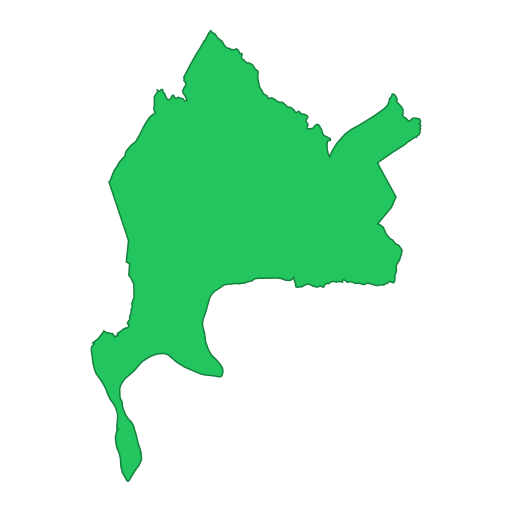 outline of Samborondon, Guayas, Ecuador
{"feature_id": "8360857B50799900166454", "entity_name": "Samborondon", "entity_type": "district", "adm_level": 2, "iso_a3": "ECU", "parent_name": "Ecuador", "parent_adm1": "Guayas", "projection": "robinson", "projection_center": [-79.798, -2.011], "detail": "fine", "context": "isolated", "style": "filled", "palette": "green", "viewbox_px": 512, "rotation_deg": 0, "n_neighbors": 0, "source": "geoboundaries", "source_scale": "gbopen_adm2", "svg_char_len": 6008}
<svg xmlns="http://www.w3.org/2000/svg" viewBox="0 0 512 512"><path d="M420.5,121.9L420.4,120.3L419.4,119.0L417.7,118.5L414.4,118.0L412.5,118.4L409.7,120.9L408.7,121.3L406.1,118.4L402.9,116.3L402.6,115.6L403.0,113.8L403.0,109.7L402.7,108.9L400.4,105.6L396.3,101.4L397.0,100.4L397.1,99.4L396.9,98.5L396.0,96.6L395.2,95.5L393.7,94.4L393.6,94.0L392.3,94.1L390.8,97.9L390.2,98.7L389.7,98.4L389.0,101.7L387.6,105.2L384.4,108.5L381.4,110.8L372.9,116.7L358.1,125.8L352.2,128.9L346.5,132.9L344.4,134.8L336.9,143.3L332.3,150.7L329.5,156.8L327.9,152.8L327.3,149.6L327.4,149.2L327.1,148.0L327.1,143.4L327.5,141.4L327.9,140.8L330.3,140.3L330.4,139.0L330.2,138.6L329.4,138.2L323.7,135.3L322.9,134.1L321.7,130.1L319.3,125.5L317.6,124.4L316.4,124.6L315.2,125.5L312.6,128.5L307.2,128.8L306.9,128.0L308.0,124.8L307.6,123.6L306.1,121.5L305.9,120.2L307.8,117.3L307.7,116.4L307.4,116.0L304.5,114.3L301.4,113.9L298.9,111.3L298.0,111.5L296.8,112.6L295.9,112.6L295.1,111.9L294.1,110.3L292.1,108.3L290.3,107.4L287.3,106.8L284.0,103.5L282.3,102.3L280.4,102.3L277.5,101.6L274.9,99.4L271.8,97.8L268.2,98.5L266.9,95.7L264.3,94.4L263.2,93.3L262.2,91.1L259.5,86.9L257.7,77.7L257.7,75.9L258.1,73.6L258.0,71.7L257.7,71.0L255.0,68.9L253.2,65.7L252.4,64.8L250.3,63.5L248.5,62.9L247.3,62.9L246.3,62.5L244.7,61.0L243.8,59.9L242.1,58.9L241.6,58.1L241.6,55.9L242.2,54.0L241.0,53.4L240.3,53.6L239.7,53.5L239.3,52.2L238.0,50.0L236.4,48.9L236.0,48.9L235.8,49.4L235.1,49.6L233.2,49.6L232.3,49.9L231.5,49.9L231.1,49.4L229.4,48.4L226.5,47.8L224.0,44.9L222.1,41.3L217.0,37.5L216.2,35.5L215.0,34.3L214.7,33.6L214.0,33.5L211.8,32.2L210.9,30.7L209.0,32.7L204.7,40.9L204.2,40.8L200.5,47.5L195.5,55.5L190.8,63.8L183.8,77.2L183.8,77.9L184.3,78.8L184.0,80.9L184.7,81.8L185.6,82.4L185.9,84.0L185.8,85.3L184.9,86.4L184.5,87.4L183.9,87.8L183.4,89.4L182.7,90.2L182.7,90.8L183.0,91.8L183.1,93.1L185.1,95.8L185.7,97.5L186.5,99.0L186.8,100.3L185.9,100.9L185.8,101.1L184.9,101.0L184.4,100.7L182.8,98.7L180.1,98.0L178.5,97.3L177.7,97.5L176.5,98.4L175.6,98.4L174.8,97.7L173.9,95.6L173.0,95.2L172.1,95.8L171.3,97.5L169.8,99.4L169.1,99.9L168.4,99.8L167.3,99.1L166.1,97.4L164.6,93.7L163.0,91.7L162.6,89.7L162.3,89.4L161.3,89.5L159.8,91.1L158.9,90.9L157.4,90.1L157.6,91.4L157.3,92.2L155.1,95.3L154.3,97.0L154.4,105.1L153.9,108.5L153.9,109.7L155.4,112.9L152.0,115.1L149.4,117.5L146.6,121.7L143.5,126.9L140.0,134.2L136.0,141.1L135.3,142.1L131.8,144.6L127.1,149.9L125.6,152.7L125.0,156.0L120.3,161.0L118.7,163.4L116.7,166.9L114.3,170.3L112.8,173.8L110.3,180.4L109.6,181.6L109.0,181.9L128.0,239.0L128.5,240.9L126.3,261.8L129.6,264.0L128.8,275.3L130.8,277.8L133.7,283.8L133.9,284.8L134.0,295.0L134.2,295.4L134.0,298.0L133.0,299.7L132.7,301.4L131.9,303.1L132.1,308.1L131.0,309.7L131.2,311.4L130.8,313.8L129.7,315.9L129.7,319.8L128.5,321.0L127.6,322.6L127.4,323.7L127.9,323.8L128.6,324.6L128.8,326.3L128.0,327.0L127.7,327.9L125.5,328.0L124.4,328.6L124.1,329.2L123.1,329.1L122.2,330.0L121.9,331.0L121.3,331.4L120.5,331.2L119.2,332.4L119.1,332.8L117.8,333.0L117.3,334.2L117.7,335.1L117.6,335.7L116.0,336.0L115.0,336.9L112.2,333.4L110.6,333.7L109.2,332.9L106.6,332.9L105.6,331.9L103.9,330.9L103.5,331.9L98.2,338.7L92.7,342.9L94.3,343.8L92.1,346.1L91.5,347.4L91.3,348.8L91.4,352.0L92.1,355.2L93.1,363.8L94.7,370.0L96.3,373.8L101.4,381.0L103.9,385.1L105.8,388.8L107.7,394.0L110.3,399.5L113.8,404.2L114.8,406.0L116.3,409.5L116.6,410.8L117.2,412.3L117.6,414.7L117.6,417.8L117.4,421.1L116.8,425.8L117.0,428.6L117.1,429.1L117.6,429.2L119.0,428.6L117.9,429.4L117.0,429.6L116.8,431.3L115.4,437.0L115.5,439.4L116.2,444.8L116.8,447.3L119.3,453.6L120.4,458.4L120.9,466.6L122.5,472.9L127.0,480.7L127.8,481.3L128.3,481.2L129.1,480.4L135.5,469.9L138.9,465.4L141.4,460.0L141.5,457.4L140.9,452.1L140.4,450.1L138.0,442.7L136.0,434.3L134.8,430.7L133.8,426.5L132.0,423.0L131.0,421.7L128.5,419.2L125.6,414.8L123.3,409.3L122.6,406.7L122.1,402.7L121.5,400.7L120.5,398.9L119.9,396.7L119.7,388.8L120.6,385.5L122.1,382.6L125.0,378.7L134.3,370.6L139.7,364.2L142.7,361.2L149.4,357.0L152.8,355.4L153.8,355.4L155.1,354.5L157.1,354.0L162.5,353.5L164.8,353.6L168.4,355.0L176.6,362.1L184.7,367.1L200.5,373.9L204.2,374.8L215.9,376.1L218.4,376.7L220.6,376.7L221.5,376.1L222.1,375.1L222.9,372.1L222.8,370.0L222.3,367.8L220.4,364.6L218.3,362.1L215.5,358.9L212.5,356.2L210.5,353.5L208.6,350.1L205.7,342.2L204.3,331.9L203.0,327.8L202.6,324.9L202.5,322.4L203.5,318.0L204.6,315.3L206.1,310.7L209.7,297.9L211.9,294.0L214.3,291.5L223.2,285.6L224.3,284.6L225.4,284.8L228.9,284.0L231.2,284.1L234.4,283.5L239.0,283.7L244.7,283.0L246.7,282.1L252.1,280.8L254.6,278.8L257.9,278.3L277.4,278.0L281.3,278.6L285.7,280.2L289.1,280.5L290.6,280.2L291.9,279.5L291.9,279.1L293.0,278.5L293.7,277.5L294.7,281.6L295.5,283.5L295.6,285.3L296.0,286.9L296.4,286.8L297.2,287.2L302.2,286.7L305.1,284.9L308.2,284.0L309.4,284.3L313.0,286.2L316.5,287.0L317.7,287.0L319.4,286.3L320.9,286.1L322.3,287.0L323.3,287.1L324.1,286.7L324.7,284.8L326.2,283.7L326.9,283.4L328.9,283.6L330.7,282.0L331.7,281.5L333.8,281.5L336.5,282.1L338.8,281.5L341.2,281.8L342.5,282.2L342.6,280.1L343.0,279.9L345.3,280.3L347.2,282.3L349.5,281.8L350.8,281.8L353.0,282.4L355.8,283.5L358.3,283.2L360.1,283.4L363.3,284.6L365.5,284.2L366.9,283.1L367.8,283.1L374.3,284.9L377.9,285.6L379.8,284.9L383.9,285.0L384.6,284.1L387.3,283.3L389.3,281.5L391.3,281.9L393.6,282.8L394.0,282.3L394.6,280.9L394.8,279.8L395.0,277.6L394.9,275.4L396.1,272.4L396.5,270.7L396.2,268.2L396.3,265.9L397.1,263.9L399.7,259.7L400.8,255.6L401.3,255.0L401.7,252.1L402.2,250.4L400.4,247.8L399.3,245.8L395.2,243.5L392.7,240.0L391.7,239.6L389.3,237.9L386.1,233.9L384.6,230.2L383.9,229.3L383.5,227.3L382.2,226.8L381.2,225.5L380.3,225.0L379.9,225.0L379.3,224.3L377.6,223.9L391.5,207.3L396.0,196.9L380.2,168.1L377.6,162.7L392.6,152.3L403.7,145.3L408.0,141.9L414.2,137.7L415.2,137.2L416.7,137.2L417.2,135.9L419.2,134.3L420.0,132.8L420.1,129.3L420.6,128.7L419.8,127.3L420.6,126.2L420.7,125.2L420.4,124.3L419.2,123.8L419.0,123.4L419.1,123.0L420.3,122.5L420.5,121.9Z" fill="#22c55e" stroke="#15803d" stroke-width="1.5"/></svg>